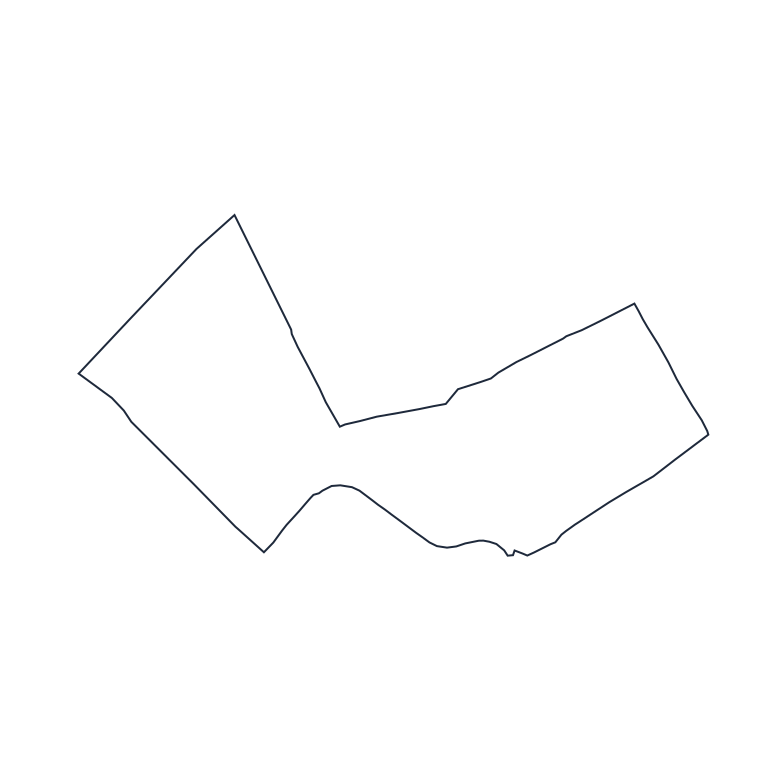 outline of Mean Chey, Phnom Penh, Cambodia, rotated 154°
{"feature_id": "14789045B35009780503232", "entity_name": "Mean Chey", "entity_type": "district", "adm_level": 2, "iso_a3": "KHM", "parent_name": "Cambodia", "parent_adm1": "Phnom Penh", "projection": "albers", "projection_center": [104.901, 11.516], "detail": "fine", "context": "isolated", "style": "outline", "palette": "slate", "viewbox_px": 768, "rotation_deg": 154, "n_neighbors": 0, "source": "geoboundaries", "source_scale": "gbopen_adm2", "svg_char_len": 1378}
<svg xmlns="http://www.w3.org/2000/svg" viewBox="0 0 768 768"><g transform="rotate(154 384 384)"><path d="M653.9,527.2L634.7,490.7L629.5,474.2L627.7,460.8L598.6,376.5L580.1,320.8L578.7,317.5L565.7,285.4L553.0,290.0L539.9,296.9L533.3,300.1L521.1,304.9L515.4,307.2L507.1,310.8L500.0,313.8L496.0,315.3L490.4,314.3L486.1,315.1L475.8,315.3L467.7,312.1L458.0,305.3L452.8,298.9L445.5,284.6L442.2,277.9L438.2,270.7L434.6,263.6L428.9,252.7L420.4,236.2L416.7,229.5L412.6,221.7L407.5,215.1L399.1,209.3L390.2,206.3L380.9,205.1L367.5,201.6L363.4,199.7L358.4,196.0L353.1,190.9L348.9,181.8L348.1,175.5L343.1,173.6L339.6,177.1L333.8,170.9L330.4,167.0L322.9,166.8L304.6,167.0L299.4,166.6L290.6,170.8L284.7,172.1L279.3,173.0L274.1,173.9L270.6,174.3L246.9,177.3L233.4,179.0L214.2,180.7L182.4,182.9L155.2,188.5L130.8,193.2L114.7,196.3L114.1,200.0L114.3,212.1L116.5,229.2L117.8,244.7L118.8,260.3L118.9,278.7L120.1,299.0L122.3,319.5L123.0,328.8L123.2,337.9L123.7,346.5L160.4,345.8L182.8,345.7L199.2,347.0L203.1,346.3L203.3,346.3L240.3,345.7L255.3,345.7L276.2,344.1L285.5,342.1L296.6,343.5L319.8,346.9L337.2,339.0L341.5,340.2L349.3,342.4L363.0,345.9L383.8,351.7L404.8,357.8L421.7,361.2L436.7,364.7L442.4,365.0L444.3,393.2L443.9,408.2L444.1,415.4L444.4,430.0L445.3,455.2L445.0,469.3L443.6,473.6L444.3,601.4L493.3,587.6L583.8,553.8L653.9,527.2Z" fill="none" stroke="#1e293b" stroke-width="2"/></g></svg>